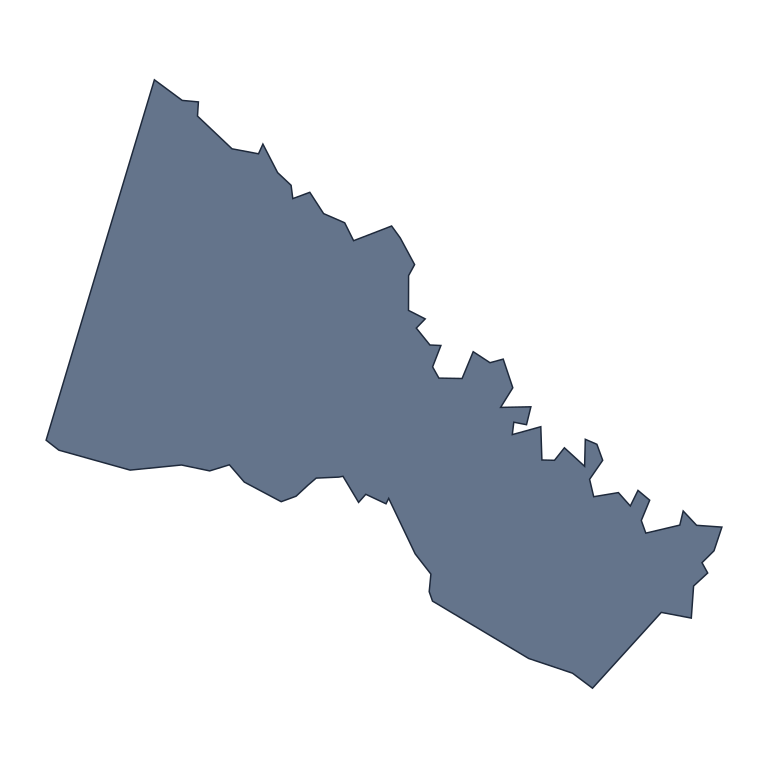 outline of Hanover, Virginia, United States of America
{"feature_id": "52423323B54139086125962", "entity_name": "Hanover", "entity_type": "district", "adm_level": 2, "iso_a3": "USA", "parent_name": "United States of America", "parent_adm1": "Virginia", "projection": "equal_earth", "projection_center": [-77.399, 37.773], "detail": "fine", "context": "isolated", "style": "filled", "palette": "slate", "viewbox_px": 768, "rotation_deg": 0, "n_neighbors": 0, "source": "geoboundaries", "source_scale": "gbopen_adm2", "svg_char_len": 1172}
<svg xmlns="http://www.w3.org/2000/svg" viewBox="0 0 768 768"><path d="M198.4,101.9L182.2,100.4L154.4,79.8L98.8,264.4L46.1,440.2L58.9,450.2L130.1,470.1L181.5,465.0L209.7,470.9L229.4,464.8L244.3,482.1L281.2,501.7L296.1,496.2L307.8,485.3L316.2,478.1L338.8,477.1L343.0,476.3L358.6,502.4L365.8,494.3L386.0,503.8L388.7,498.4L415.2,553.9L430.9,574.1L429.2,591.7L432.5,601.1L528.7,658.5L572.5,673.2L592.5,688.2L661.3,612.4L691.3,618.1L693.6,586.0L707.7,573.0L702.0,562.7L714.0,550.8L721.9,527.1L696.6,525.3L683.2,511.0L679.8,525.1L645.8,533.1L641.3,520.5L649.7,500.2L638.0,490.4L630.3,506.0L618.4,492.6L593.7,496.7L589.6,479.3L602.7,460.3L596.9,444.3L585.3,439.3L584.6,466.3L564.4,447.8L554.5,460.3L541.9,460.0L540.8,426.7L512.3,434.6L513.8,422.2L526.5,424.7L530.9,406.8L500.6,407.4L512.8,387.8L503.2,359.1L490.0,362.7L473.2,351.7L462.1,378.5L438.9,378.1L432.6,366.9L440.9,345.5L429.9,345.0L416.3,328.1L425.2,318.9L408.5,310.4L408.6,275.6L414.6,264.6L400.3,238.0L391.6,226.0L353.6,240.7L344.7,222.8L323.6,213.6L309.8,192.3L292.8,198.6L291.1,185.3L277.6,172.6L262.9,144.1L258.5,153.8L232.0,148.8L197.5,116.1L198.4,101.9Z" fill="#64748b" stroke="#1e293b" stroke-width="1.5"/></svg>